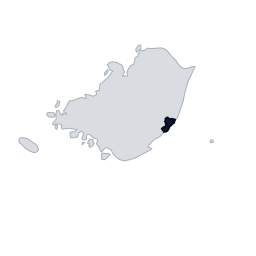 location of Uljin-gun, Gangwon, South Korea, rotated 48°
{"feature_id": "91817680B88731995383072", "entity_name": "Uljin-gun", "entity_type": "district", "adm_level": 2, "iso_a3": "KOR", "parent_name": "South Korea", "parent_adm1": "Gangwon", "projection": "albers", "projection_center": [129.325, 36.894], "detail": "fine", "context": "in_parent", "style": "filled", "palette": "ink", "viewbox_px": 256, "rotation_deg": 48, "n_neighbors": 0, "source": "geoboundaries", "source_scale": "gbopen_adm2", "svg_char_len": 4503}
<svg xmlns="http://www.w3.org/2000/svg" viewBox="0 0 256 256"><g transform="rotate(48 128 128)"><path d="M80.6,64.7L81.5,64.1L81.6,63.2L81.6,60.2L84.0,58.1L87.5,53.9L89.1,51.6L91.0,49.5L93.2,48.1L95.3,47.4L98.6,47.2L104.9,47.6L106.2,47.4L110.6,47.2L111.6,47.6L114.8,47.9L118.3,47.7L120.1,47.1L121.8,46.0L123.3,44.1L124.8,40.5L126.4,37.7L127.3,37.2L133.7,52.3L139.8,62.1L145.1,69.2L152.7,82.8L154.9,90.1L155.1,94.6L156.4,100.8L155.3,104.3L155.7,109.9L155.2,112.8L154.2,114.9L154.2,119.0L154.5,121.2L154.6,124.1L155.2,125.2L156.1,125.6L157.5,124.6L159.2,124.1L158.9,127.6L156.8,136.4L155.0,142.8L152.5,148.3L149.4,153.4L145.6,155.4L142.9,156.1L137.8,156.4L133.6,155.5L129.9,156.1L128.5,157.1L127.4,158.9L128.1,161.7L128.0,163.8L126.4,163.7L123.4,162.4L119.9,162.2L118.4,161.6L116.8,158.6L115.1,158.7L112.2,160.4L107.9,160.7L106.3,161.6L105.7,162.9L106.3,164.4L108.5,166.5L107.7,168.6L105.4,169.6L103.6,167.0L102.5,164.5L101.2,164.3L99.2,165.0L98.7,167.7L99.6,169.5L101.1,171.7L98.9,174.1L98.3,175.9L96.7,177.1L92.6,174.2L93.2,172.2L95.1,170.4L95.3,168.4L94.8,167.2L88.6,172.1L84.8,177.6L82.8,177.2L82.0,175.7L80.9,175.1L76.8,178.6L76.0,181.5L74.5,181.5L73.9,180.3L73.9,177.7L73.3,175.5L69.2,172.1L67.4,169.2L68.5,167.7L71.9,168.6L74.7,168.6L74.2,167.3L73.3,166.6L75.1,165.9L76.7,164.4L75.5,164.0L73.5,164.8L71.9,164.3L71.4,160.6L69.6,156.7L68.7,153.0L70.7,151.0L71.7,147.7L73.7,143.0L74.6,141.5L77.1,140.5L78.0,139.2L76.7,138.6L74.5,138.0L74.6,136.6L76.1,135.9L77.8,134.4L81.0,132.7L82.1,129.2L81.2,128.3L79.2,127.4L79.7,125.7L80.6,124.4L80.3,123.6L78.0,121.2L76.6,119.1L77.1,116.8L76.8,113.2L77.1,110.2L77.1,108.6L76.1,104.9L75.6,101.3L74.2,101.8L72.9,102.6L68.7,101.2L67.3,101.1L66.9,98.4L68.5,95.1L72.2,92.2L74.3,91.9L75.9,90.7L78.4,90.4L81.3,92.4L83.9,92.9L85.3,96.4L86.2,97.2L86.4,95.9L88.5,94.5L89.1,93.4L88.6,92.7L86.2,92.1L84.1,87.7L83.9,85.8L83.1,84.6L84.4,81.2L82.0,77.3L80.8,76.0L81.0,72.5L79.8,70.2L79.1,69.0L78.7,66.8L79.1,65.9L80.3,65.6L80.6,64.7ZM67.6,218.1L66.3,218.8L65.2,218.3L64.9,218.0L63.5,216.0L63.2,215.0L64.2,213.1L68.2,210.1L78.3,207.5L80.2,207.4L84.1,208.8L84.9,211.2L84.1,213.2L83.2,214.6L78.5,216.8L74.8,217.8L67.6,218.1ZM136.2,166.3L133.6,168.4L130.1,165.6L129.3,164.0L132.0,161.8L134.2,159.2L135.7,159.1L136.2,166.3ZM117.5,165.9L117.1,169.2L115.2,169.3L114.0,167.2L112.8,168.2L112.1,168.2L111.2,165.5L111.1,163.5L113.4,161.9L114.8,162.9L116.8,163.4L117.5,165.9ZM66.2,179.4L64.4,179.9L63.5,178.7L62.8,178.3L63.2,176.8L66.2,173.9L66.8,172.9L69.5,173.6L70.4,175.2L69.1,177.6L66.2,179.4ZM77.6,66.1L77.3,70.6L75.9,70.3L74.9,69.9L74.5,69.0L73.6,64.8L74.8,63.1L76.9,64.6L77.6,66.1ZM64.9,167.2L64.5,168.0L63.3,167.7L62.2,165.3L61.7,163.5L60.5,162.4L62.5,160.9L64.9,163.9L64.9,167.2ZM73.5,108.0L73.1,110.2L71.4,108.7L71.0,103.9L72.8,105.3L73.5,108.0ZM195.0,75.6L193.8,76.6L192.4,75.6L192.2,74.6L192.9,73.6L194.6,73.1L195.5,73.8L195.0,75.6ZM80.7,180.7L81.1,182.3L78.9,182.0L77.7,180.4L77.9,179.1L79.3,178.9L80.7,180.7ZM110.0,172.2L109.7,173.2L108.3,171.6L109.7,169.9L110.0,172.2Z" fill="#d9dde1" stroke="#a8b0b8" stroke-width="1"/><path d="M148.7,90.9L148.4,91.5L148.0,91.6L147.5,91.5L147.0,91.2L146.8,91.2L146.4,91.6L146.1,92.1L146.0,92.5L146.1,94.2L146.3,94.3L146.6,94.5L147.0,94.8L147.5,95.3L147.6,96.2L148.0,96.3L148.4,96.4L148.8,96.5L149.0,96.7L149.5,96.9L150.3,97.3L150.7,96.7L150.9,96.6L151.1,96.8L151.1,97.2L150.9,97.5L151.0,98.0L151.5,98.5L151.5,98.8L151.5,99.1L151.8,99.4L152.0,99.7L152.0,100.0L151.6,100.3L151.3,100.6L151.1,100.9L150.9,101.4L150.9,101.7L151.3,101.8L151.3,102.3L151.3,102.6L151.1,103.0L150.9,103.3L151.1,103.5L151.5,103.6L152.0,103.5L152.5,103.6L152.9,103.8L153.3,103.8L153.7,103.7L154.0,103.5L154.3,103.6L154.6,103.9L154.8,104.1L155.0,103.9L155.1,103.6L155.2,103.3L155.5,103.1L155.9,102.7L156.1,102.6L156.2,102.4L156.4,102.2L156.4,101.8L156.4,101.6L156.5,101.3L156.5,101.1L156.4,100.8L156.3,100.5L156.3,100.3L156.5,100.0L156.1,99.0L156.0,98.3L155.5,97.6L155.1,97.1L155.0,96.6L154.9,96.2L154.9,95.5L154.9,95.2L154.9,94.6L155.0,94.3L155.0,94.0L154.9,93.3L154.9,93.1L154.7,92.8L154.7,92.7L154.9,92.4L154.9,92.2L154.8,91.6L154.8,91.4L154.7,91.2L154.8,90.9L154.8,90.7L154.8,90.4L155.2,90.1L155.1,89.9L154.8,89.6L154.5,89.4L154.3,89.3L154.0,88.8L153.9,88.6L153.8,88.3L153.8,88.2L153.7,88.0L153.7,87.7L153.4,87.3L153.1,87.5L152.7,87.5L152.4,87.7L152.0,88.0L151.5,88.3L151.3,88.6L150.8,88.8L150.3,89.2L150.0,89.5L149.9,89.8L149.9,90.2L149.9,90.5L149.9,90.8L149.6,90.9L149.2,90.9L148.7,90.9L148.7,90.9Z" fill="#0f172a" stroke="#020617" stroke-width="1.5"/></g></svg>